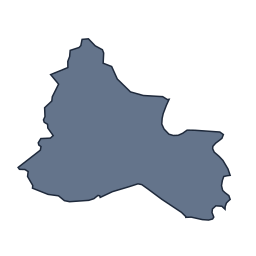 the Unitary District of South Lanarkshire, rotated 184°
{"feature_id": "GBR-2010", "entity_name": "South Lanarkshire", "entity_type": "Unitary District", "adm_level": 1, "iso_a3": "GBR", "parent_name": "United Kingdom", "parent_adm1": "", "projection": "natural_earth1", "projection_center": [-3.869, 55.56], "detail": "fine", "context": "isolated", "style": "filled", "palette": "slate", "viewbox_px": 256, "rotation_deg": 184, "n_neighbors": 0, "source": "natural_earth", "source_scale": "10m", "svg_char_len": 1363}
<svg xmlns="http://www.w3.org/2000/svg" viewBox="0 0 256 256"><g transform="rotate(184 128 128)"><path d="M95.6,161.7L90.7,159.1L89.0,159.5L91.3,153.4L93.9,144.8L94.6,140.0L94.6,134.3L92.0,129.5L86.8,124.7L82.3,123.7L77.5,124.2L73.0,126.6L68.9,130.0L61.1,130.4L47.3,130.4L41.0,130.4L36.1,130.4L32.4,128.1L33.6,124.2L39.5,119.0L42.1,115.6L42.1,113.2L40.3,109.9L35.1,106.0L31.0,102.2L25.4,94.1L22.8,87.9L25.8,87.3L29.1,86.3L30.2,82.3L30.7,77.0L29.2,72.3L26.8,70.3L22.7,67.6L21.1,63.9L22.4,62.6L24.5,60.2L25.6,56.5L25.5,53.7L26.1,54.2L28.9,56.5L34.9,56.5L38.1,53.2L38.3,49.5L36.2,45.1L37.3,43.1L41.2,41.8L47.5,41.8L58.7,43.5L64.1,42.9L64.1,43.6L68.8,47.6L89.4,59.3L103.6,68.4L110.3,72.5L114.2,73.0L122.9,69.5L139.1,63.4L150.9,56.8L151.5,58.4L153.3,58.6L157.1,55.1L162.1,53.1L181.2,50.4L186.4,51.1L192.6,55.5L203.1,56.2L219.1,61.3L219.0,64.0L224.8,72.6L224.6,77.6L227.9,79.4L233.4,79.2L234.9,81.0L213.9,99.8L213.5,103.4L215.8,104.8L216.5,107.0L214.2,111.4L204.7,112.5L202.1,115.2L208.0,122.4L208.5,126.1L212.0,127.9L212.9,130.2L211.6,133.6L212.6,142.4L205.9,149.6L205.7,153.9L200.3,166.9L208.9,175.9L192.2,184.1L192.7,190.3L191.2,195.2L191.1,201.4L182.4,204.9L180.8,206.9L180.0,213.2L173.7,214.2L166.5,207.7L159.0,204.3L157.5,201.1L157.3,190.9L148.6,188.2L142.1,176.1L128.1,164.2L115.0,161.5L95.6,161.7Z" fill="#64748b" stroke="#1e293b" stroke-width="1.5"/></g></svg>